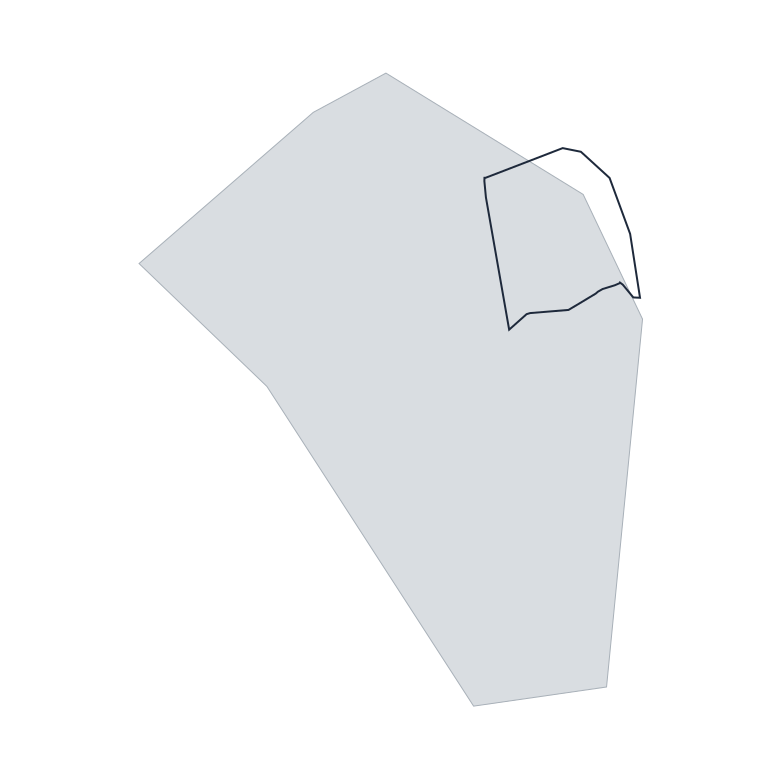 Barbados, with Saint Michael highlighted, rotated 187°
{"feature_id": "BRB-1996", "entity_name": "Saint Michael", "entity_type": "Parish", "adm_level": 1, "iso_a3": "BRB", "parent_name": "Barbados", "parent_adm1": "", "projection": "orthographic", "projection_center": [-59.609, 13.123], "detail": "fine", "context": "in_parent", "style": "outline", "palette": "slate", "viewbox_px": 768, "rotation_deg": 187, "n_neighbors": 0, "source": "natural_earth", "source_scale": "10m", "svg_char_len": 599}
<svg xmlns="http://www.w3.org/2000/svg" viewBox="0 0 768 768"><g transform="rotate(187 384 384)"><path d="M487.3,645.0L420.0,692.8L209.4,596.4L135.3,479.9L126.2,110.4L255.8,75.2L499.9,367.3L641.8,473.7L487.3,645.0Z" fill="#d9dde1" stroke="#a8b0b8" stroke-width="1"/><path d="M235.4,639.9L216.9,638.5L185.2,616.0L158.0,563.0L140.4,500.8L147.1,500.3L159.1,511.7L162.1,513.4L162.2,512.9L167.0,510.1L178.6,504.9L182.9,501.7L184.9,499.5L209.9,480.0L247.6,472.2L251.0,470.7L266.4,453.2L305.6,581.7L309.1,597.6L309.4,600.9L308.4,601.0L235.4,639.9Z" fill="none" stroke="#1e293b" stroke-width="2"/></g></svg>